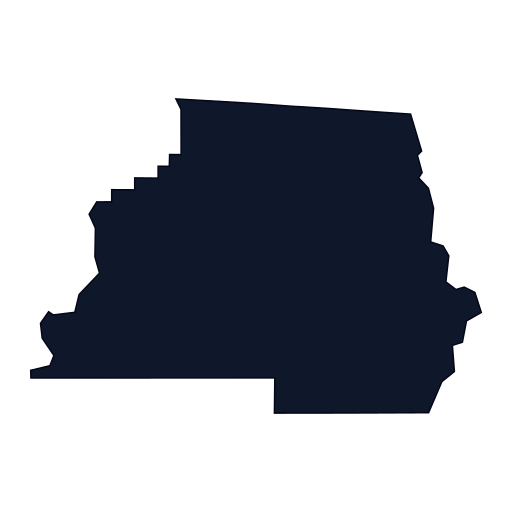 Madison, Florida, United States of America (Albers equal-area conic projection)
{"feature_id": "52423323B35187147605368", "entity_name": "Madison", "entity_type": "district", "adm_level": 2, "iso_a3": "USA", "parent_name": "United States of America", "parent_adm1": "Florida", "projection": "albers", "projection_center": [-83.469, 30.456], "detail": "fine", "context": "isolated", "style": "filled", "palette": "ink", "viewbox_px": 512, "rotation_deg": 0, "n_neighbors": 0, "source": "geoboundaries", "source_scale": "gbopen_adm2", "svg_char_len": 860}
<svg xmlns="http://www.w3.org/2000/svg" viewBox="0 0 512 512"><path d="M481.3,312.5L474.9,292.4L464.2,287.1L456.0,289.5L445.9,281.9L448.8,255.8L443.1,246.0L430.7,241.9L433.6,208.2L428.4,188.2L418.7,177.9L422.1,172.6L417.4,155.3L421.6,151.1L410.6,114.1L385.1,112.4L384.9,112.4L383.4,112.3L363.1,110.9L351.6,110.1L336.5,109.0L329.2,108.5L301.9,106.8L294.6,106.4L288.5,106.0L253.2,103.4L175.9,98.9L181.0,109.3L181.1,154.6L169.6,154.5L169.3,166.3L158.1,166.2L158.1,178.1L134.7,177.9L134.7,189.8L111.7,189.7L111.7,201.8L96.7,201.9L89.1,214.2L95.4,228.1L94.9,256.8L99.5,273.1L79.1,294.5L74.8,312.3L53.2,314.9L48.6,311.7L40.5,323.3L42.2,338.2L53.9,355.5L49.9,365.7L30.7,370.3L30.9,378.0L274.8,377.9L274.4,413.1L345.3,413.0L428.6,412.7L441.9,381.6L454.4,371.5L452.4,345.4L462.4,342.2L466.5,320.9L481.3,312.5Z" fill="#0f172a" stroke="#020617" stroke-width="1.5"/></svg>